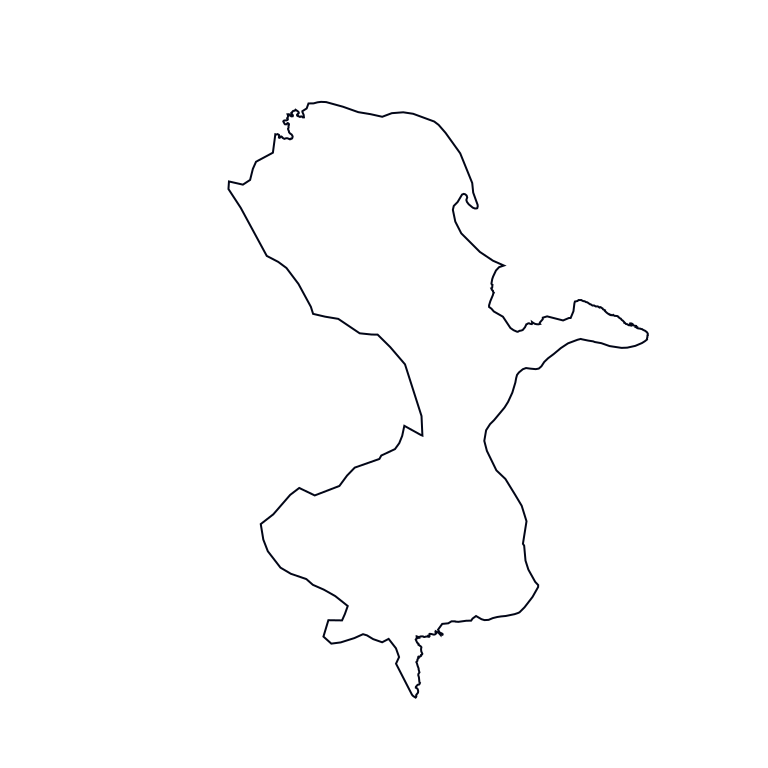 Kabare, Sud-Kivu, Democratic Republic of the Congo (Equal Earth projection), rotated 302°
{"feature_id": "63176286B3160723083670", "entity_name": "Kabare", "entity_type": "district", "adm_level": 2, "iso_a3": "COD", "parent_name": "Democratic Republic of the Congo", "parent_adm1": "Sud-Kivu", "projection": "equal_earth", "projection_center": [28.728, -2.413], "detail": "fine", "context": "isolated", "style": "outline", "palette": "ink", "viewbox_px": 768, "rotation_deg": 302, "n_neighbors": 0, "source": "geoboundaries", "source_scale": "gbopen_adm2", "svg_char_len": 6142}
<svg xmlns="http://www.w3.org/2000/svg" viewBox="0 0 768 768"><g transform="rotate(302 384 384)"><path d="M548.0,422.9L546.3,411.1L546.8,395.3L552.7,369.7L559.5,358.4L568.2,350.1L572.0,348.8L577.3,350.0L586.0,349.8L587.5,350.9L587.9,352.4L587.6,354.2L586.3,355.7L583.7,356.3L582.4,357.8L581.3,360.6L580.6,365.8L581.0,368.0L581.9,369.4L582.5,369.9L584.2,369.4L585.5,368.5L593.6,358.2L601.2,352.3L620.0,326.4L629.6,303.1L632.7,293.0L633.2,287.5L628.6,265.5L624.6,256.3L617.8,247.1L609.7,240.9L605.7,229.6L600.9,218.1L597.4,202.3L592.4,185.5L589.9,181.1L587.7,178.4L584.7,175.6L581.9,171.3L576.7,172.4L572.1,170.2L571.4,170.7L569.7,173.2L567.7,174.8L567.1,174.0L567.2,173.0L567.3,172.8L567.0,171.8L566.4,171.6L565.9,171.1L565.8,169.8L566.0,169.2L565.6,169.0L565.6,168.1L566.2,167.6L567.2,167.7L568.3,168.2L569.1,167.8L569.4,167.2L569.6,166.2L569.7,163.6L568.5,163.5L567.5,162.3L566.3,162.0L565.5,162.2L565.1,161.8L564.6,161.7L563.9,162.7L563.8,163.9L563.5,164.4L562.7,164.7L562.1,164.0L561.9,163.6L562.0,163.4L561.8,162.4L562.4,161.1L562.4,160.4L561.6,159.3L561.0,160.1L559.9,161.0L558.1,161.0L557.9,161.9L557.3,162.3L556.8,162.2L555.8,161.5L555.0,160.2L554.2,159.5L553.4,159.4L553.2,159.6L551.9,161.9L551.8,162.5L552.7,163.8L553.7,163.8L554.3,164.1L554.3,164.9L554.1,165.6L553.4,166.1L553.0,166.0L552.2,166.3L550.7,167.3L549.7,167.3L549.1,167.8L548.0,169.4L547.3,169.9L546.7,171.3L546.6,173.5L545.8,175.0L545.3,175.5L543.8,175.9L543.5,175.9L543.0,175.3L542.4,175.1L542.3,174.6L542.1,174.5L541.9,174.8L541.6,174.5L541.3,172.1L540.9,171.3L540.5,170.7L539.1,169.6L539.0,167.6L539.3,167.1L539.5,166.4L539.4,165.5L538.2,165.4L537.3,164.8L537.3,164.3L538.7,163.6L539.6,162.9L539.5,161.3L538.9,160.9L538.4,160.3L538.2,159.5L521.3,167.2L504.7,157.7L496.9,158.8L486.1,162.3L478.3,158.7L473.6,145.2L466.9,148.8L457.5,169.1L430.5,216.7L431.5,229.5L430.7,239.8L423.5,258.5L410.7,281.1L405.9,286.7L409.9,298.4L415.0,310.7L414.1,336.5L419.5,347.5L422.5,352.4L418.6,369.7L411.8,391.4L376.7,432.8L360.6,443.9L360.3,442.3L359.3,423.4L349.7,426.9L341.9,428.3L334.6,427.8L321.9,419.6L318.0,419.8L297.6,403.5L286.8,401.2L273.9,400.2L252.8,384.3L250.9,367.2L240.3,363.2L214.9,359.2L199.9,353.7L188.1,364.1L180.6,374.1L173.4,393.5L173.7,405.6L177.4,421.5L176.0,430.1L177.7,441.8L178.3,455.1L176.5,470.9L168.3,472.7L161.3,473.7L154.2,462.0L137.7,466.5L135.9,476.9L141.9,484.2L152.8,493.5L160.7,498.8L161.8,502.7L161.9,510.0L164.0,519.3L170.3,523.0L166.2,534.2L160.4,541.5L153.2,542.4L135.6,571.9L135.0,573.2L134.8,574.8L134.8,576.7L135.4,576.6L135.5,577.1L136.2,577.0L137.4,576.1L140.3,576.4L141.7,575.7L143.0,574.4L143.4,573.4L143.3,571.9L144.1,571.5L146.6,571.9L147.3,572.4L147.6,572.9L148.2,573.1L149.6,572.9L149.8,572.2L150.3,571.7L153.7,569.1L155.3,567.3L156.5,566.8L158.2,566.9L160.2,564.7L161.2,564.0L162.7,562.0L164.6,559.9L165.3,558.8L167.0,559.0L168.2,558.3L170.1,558.6L170.4,557.7L171.1,557.7L172.2,559.2L173.1,559.5L173.8,559.0L174.8,559.6L175.5,559.5L177.0,557.3L178.8,555.9L180.6,555.2L181.0,554.1L181.1,551.3L181.6,550.9L181.8,551.1L182.0,550.8L182.2,549.2L184.1,546.3L185.1,546.4L186.1,547.1L186.5,545.9L187.3,545.4L187.7,547.1L187.6,547.7L187.7,548.5L188.5,548.2L189.5,549.0L190.6,550.8L190.6,551.8L190.9,552.4L192.1,553.5L192.8,554.6L193.5,554.7L193.2,555.6L193.5,556.2L194.2,556.3L195.9,555.0L196.4,555.2L197.1,556.7L197.7,558.7L198.1,559.4L199.1,560.2L200.1,560.3L200.9,559.1L201.2,559.3L201.7,559.0L201.9,562.3L201.1,565.1L202.1,564.6L202.4,564.9L202.2,566.3L202.3,566.5L202.6,566.5L203.0,566.2L203.1,565.7L202.8,562.5L203.6,561.4L204.3,560.0L211.4,560.5L215.1,565.3L218.5,567.0L220.4,570.0L220.3,570.4L221.7,573.1L226.8,579.2L229.5,583.3L232.0,583.4L236.0,585.0L236.2,591.3L237.0,594.3L239.4,597.7L243.1,600.3L246.4,603.5L248.9,606.4L251.8,610.2L258.0,616.7L260.8,619.0L262.2,619.9L269.0,621.5L282.1,622.8L293.5,622.3L295.2,621.3L296.3,617.1L303.1,604.8L309.2,597.6L321.2,588.5L322.1,586.5L343.1,577.6L353.7,565.3L359.6,553.8L367.8,537.3L370.3,525.1L381.8,506.7L388.9,499.2L398.9,495.1L406.2,495.2L411.7,496.5L427.9,498.7L434.6,498.7L444.7,497.4L454.9,494.6L458.9,493.0L462.2,492.0L465.3,492.3L470.1,493.9L472.8,496.0L474.5,499.8L477.0,504.8L479.1,507.1L482.4,508.1L487.6,508.2L492.8,509.5L499.5,512.1L508.1,514.9L516.0,518.5L524.1,524.7L526.5,527.0L526.7,527.9L529.0,534.1L531.0,538.8L531.3,540.5L533.8,546.7L535.7,555.2L540.5,566.3L543.7,571.0L549.5,576.9L555.5,581.1L558.6,582.6L561.2,583.5L561.9,582.9L563.4,582.5L564.3,581.9L564.8,581.7L565.3,581.9L566.0,581.2L566.5,581.0L567.2,579.7L567.5,577.4L567.2,574.9L567.3,573.8L566.9,573.0L566.8,572.1L565.9,570.2L565.6,569.2L565.8,568.9L565.7,567.8L566.0,568.0L566.1,568.6L566.4,568.6L566.4,567.9L566.9,567.1L566.0,565.2L566.1,564.1L566.6,563.0L566.5,561.8L565.4,559.9L565.7,561.4L565.6,562.9L565.0,563.2L564.5,562.8L564.4,562.5L564.5,561.6L564.0,561.3L563.8,560.2L563.5,560.1L563.6,558.6L563.1,557.4L563.5,556.1L563.5,555.7L563.2,555.4L563.3,555.2L563.8,554.9L564.3,552.9L564.3,551.7L564.9,550.2L564.8,549.8L564.8,548.6L565.0,547.2L565.3,547.0L565.2,545.7L563.9,543.2L564.1,541.7L563.2,541.2L563.0,540.8L563.0,540.1L562.4,539.5L562.4,538.7L562.7,538.3L562.3,537.7L562.5,535.1L563.0,532.6L563.6,532.4L563.4,530.1L563.9,529.3L563.8,527.5L564.0,527.0L563.6,526.4L563.0,526.2L563.1,524.2L562.0,522.5L561.9,520.5L561.0,519.2L561.1,517.0L560.8,516.5L561.0,513.4L560.9,512.8L560.5,511.9L560.5,510.3L559.9,509.1L559.7,507.8L559.8,507.0L558.3,504.5L556.9,504.1L555.1,502.2L553.4,502.7L546.1,506.1L538.9,507.3L537.9,505.8L532.8,502.2L527.8,486.5L524.4,483.5L523.0,484.3L518.7,483.6L517.8,483.9L517.6,484.5L516.4,483.3L515.6,481.8L515.0,480.1L514.9,478.0L515.0,476.7L513.9,477.7L513.1,477.6L512.5,476.1L512.4,475.1L512.3,474.7L511.6,474.0L510.6,473.6L510.1,473.1L506.8,473.5L503.2,473.0L501.7,471.7L501.0,470.8L499.2,469.8L498.8,468.9L498.3,465.4L498.5,461.5L504.1,449.2L503.7,438.7L504.8,435.2L505.0,432.3L506.4,431.4L510.5,430.3L517.2,429.2L518.7,428.7L519.6,428.8L520.1,427.4L520.8,427.0L521.1,425.4L521.8,424.7L522.0,424.3L522.5,424.7L523.2,424.6L525.6,423.4L525.5,422.7L526.1,421.9L530.3,420.2L532.9,419.6L539.6,418.8L544.1,419.7L548.0,422.9Z" fill="none" stroke="#020617" stroke-width="2"/></g></svg>